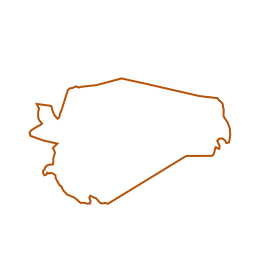 Bom Jesus da Serra, Bahia, Brazil (Equal Earth projection), rotated 335°
{"feature_id": "56859067B84581082225052", "entity_name": "Bom Jesus da Serra", "entity_type": "district", "adm_level": 2, "iso_a3": "BRA", "parent_name": "Brazil", "parent_adm1": "Bahia", "projection": "equal_earth", "projection_center": [-40.617, -14.382], "detail": "fine", "context": "isolated", "style": "outline", "palette": "amber", "viewbox_px": 256, "rotation_deg": 335, "n_neighbors": 0, "source": "geoboundaries", "source_scale": "gbopen_adm2", "svg_char_len": 1565}
<svg xmlns="http://www.w3.org/2000/svg" viewBox="0 0 256 256"><g transform="rotate(335 128 128)"><path d="M77.7,188.2L117.7,183.7L168.9,177.9L192.0,188.6L194.0,188.4L196.2,186.1L197.7,184.2L199.4,182.5L200.5,184.1L201.8,185.4L203.5,182.9L203.4,179.7L203.6,177.1L206.5,176.3L209.4,177.6L210.6,180.3L210.8,183.3L213.3,183.8L215.2,181.4L217.8,177.4L218.9,174.2L220.0,171.8L220.3,168.8L220.6,165.1L220.3,162.7L219.8,160.2L219.6,157.5L221.1,154.6L222.5,151.7L223.2,148.5L224.0,146.3L223.4,143.8L222.3,141.9L221.8,138.8L206.3,129.3L194.5,120.1L162.0,94.8L152.2,87.4L143.2,80.4L117.5,75.8L102.4,70.7L100.4,70.5L98.4,68.3L96.5,68.3L94.5,68.3L92.0,67.4L89.5,68.3L88.1,69.8L84.0,74.2L75.1,84.0L72.5,86.1L70.2,89.2L68.1,89.8L67.3,87.6L66.7,84.7L66.8,81.7L67.4,78.2L67.7,75.5L55.4,67.6L55.4,70.3L55.6,72.9L54.0,74.6L53.0,76.3L51.6,79.2L50.8,81.8L51.0,84.4L52.0,87.7L49.7,88.3L47.2,88.2L45.4,88.5L42.9,88.7L40.7,89.0L38.7,89.4L37.0,90.4L36.2,93.8L46.0,103.5L53.2,109.1L54.6,110.2L57.4,112.3L51.4,114.4L51.6,116.9L51.4,119.4L49.8,121.4L47.5,123.8L46.2,126.8L44.5,129.3L41.0,127.9L38.2,127.8L36.0,128.9L34.8,130.4L33.1,130.8L32.0,132.6L32.2,135.5L34.4,135.7L35.9,134.3L37.3,135.9L39.2,136.1L41.1,137.9L42.2,140.4L41.3,142.7L41.4,146.4L41.8,150.9L43.1,153.0L42.8,155.2L43.2,158.2L44.0,160.3L44.5,162.5L45.9,163.8L47.7,165.9L49.4,167.6L51.2,170.8L52.4,173.8L53.3,175.8L55.0,176.5L56.8,177.3L59.0,179.4L61.8,180.3L63.3,178.0L63.4,174.9L65.1,173.4L67.5,176.3L69.3,178.1L70.2,181.0L71.3,184.5L73.1,185.6L75.6,186.2L77.7,188.2Z" fill="none" stroke="#b45309" stroke-width="2"/></g></svg>